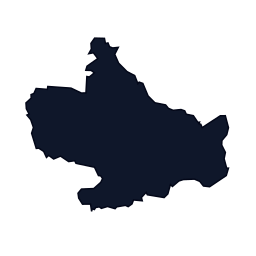 the district of Kochani, Kočani, North Macedonia, rotated 96°
{"feature_id": "65306769B7034673009325", "entity_name": "Kochani", "entity_type": "district", "adm_level": 2, "iso_a3": "MKD", "parent_name": "North Macedonia", "parent_adm1": "Kočani", "projection": "orthographic", "projection_center": [22.415, 41.994], "detail": "fine", "context": "isolated", "style": "filled", "palette": "ink", "viewbox_px": 256, "rotation_deg": 96, "n_neighbors": 0, "source": "geoboundaries", "source_scale": "gbopen_adm2", "svg_char_len": 1485}
<svg xmlns="http://www.w3.org/2000/svg" viewBox="0 0 256 256"><g transform="rotate(96 128 128)"><path d="M214.7,155.5L212.1,155.1L212.6,152.9L210.5,151.9L209.4,148.3L210.7,146.1L208.2,140.2L209.6,132.4L207.6,131.0L205.2,122.5L206.2,119.6L203.1,116.1L199.0,115.0L198.9,106.2L195.7,107.4L190.1,103.2L192.4,101.8L193.4,84.8L189.4,81.5L179.8,79.9L181.5,77.7L175.4,71.9L173.5,67.6L171.9,56.6L173.6,51.0L177.8,46.9L177.9,40.7L165.0,25.3L157.4,23.9L157.6,25.7L148.5,29.2L142.1,28.6L135.2,33.0L130.6,33.3L124.3,29.1L117.2,28.1L105.6,32.5L106.2,37.5L119.9,54.3L116.7,56.0L116.3,58.0L114.7,57.5L115.1,59.1L108.9,64.3L108.2,71.5L105.0,73.4L104.1,77.2L105.7,85.0L104.2,89.9L101.1,93.0L100.1,103.9L94.0,111.4L82.1,117.9L81.2,121.7L82.9,122.8L75.2,126.8L72.0,134.9L64.5,144.1L56.1,148.9L48.8,146.1L50.0,151.6L49.1,154.9L45.5,156.8L46.3,159.3L41.3,160.8L42.1,170.6L47.7,173.7L53.3,172.7L58.2,174.8L56.8,170.3L62.1,165.3L70.8,175.2L75.0,176.0L74.6,170.7L76.6,167.2L81.3,171.8L81.1,174.3L97.5,173.5L98.1,178.1L94.3,188.8L95.1,212.1L98.0,212.2L98.3,223.5L103.5,225.2L104.9,227.9L108.4,227.4L113.7,232.1L119.5,231.1L124.5,227.8L125.7,229.9L129.9,225.6L137.4,222.1L143.3,223.3L157.9,217.1L157.4,214.6L160.1,209.4L165.8,206.0L163.5,204.0L166.6,198.7L163.0,192.2L167.6,183.5L166.1,177.6L168.6,176.0L170.5,157.2L178.4,152.4L178.4,150.2L180.9,148.0L184.9,149.4L191.8,155.7L193.6,167.9L198.1,170.9L202.9,169.7L208.5,165.3L207.6,157.3L214.7,155.5Z" fill="#0f172a" stroke="#020617" stroke-width="1.5"/></g></svg>